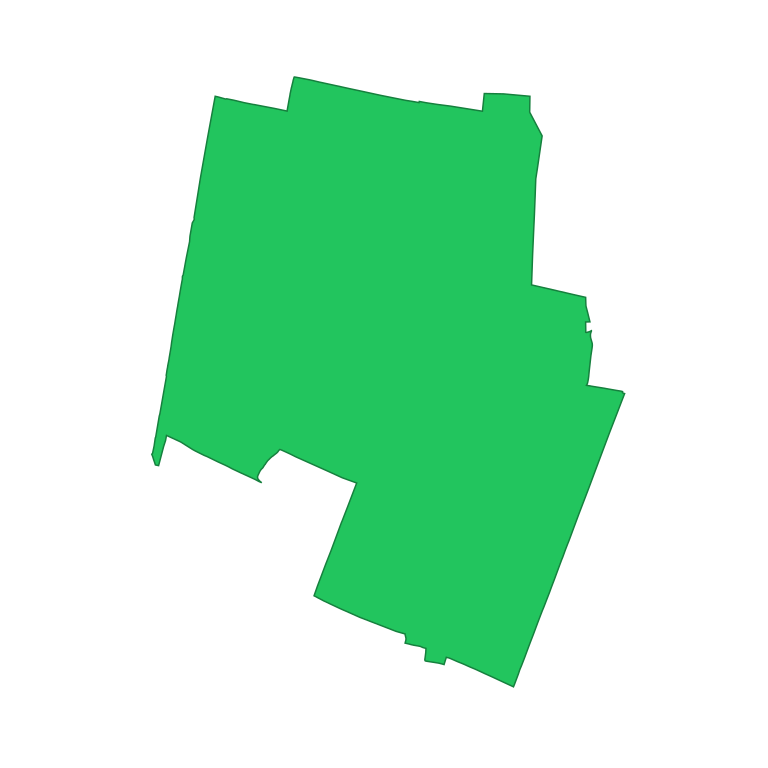 outline of Teslui, Dolj, Romania, rotated 264°
{"feature_id": "2599482B26570302322271", "entity_name": "Teslui", "entity_type": "district", "adm_level": 2, "iso_a3": "ROU", "parent_name": "Romania", "parent_adm1": "Dolj", "projection": "equal_earth", "projection_center": [24.149, 44.204], "detail": "fine", "context": "isolated", "style": "filled", "palette": "green", "viewbox_px": 768, "rotation_deg": 264, "n_neighbors": 0, "source": "geoboundaries", "source_scale": "gbopen_adm2", "svg_char_len": 4362}
<svg xmlns="http://www.w3.org/2000/svg" viewBox="0 0 768 768"><g transform="rotate(264 384 384)"><path d="M654.9,559.2L660.0,533.3L662.4,514.1L645.0,510.4L649.2,494.8L653.4,479.2L656.5,466.1L659.2,455.7L661.3,448.6L660.2,448.2L662.1,441.7L663.8,435.3L668.0,421.8L671.4,410.9L672.9,406.3L677.3,393.0L681.2,381.0L683.0,375.6L690.5,352.9L690.9,351.6L693.3,344.8L694.1,342.4L696.9,333.2L697.2,332.3L698.7,327.1L698.6,326.7L697.4,326.2L695.2,325.3L694.1,325.0L691.4,324.0L689.6,323.4L688.1,322.8L683.1,321.2L682.2,320.9L681.2,320.7L676.9,319.4L665.5,316.1L665.9,315.1L668.7,306.4L669.5,303.9L675.5,284.0L675.6,283.4L678.4,274.3L681.0,267.0L682.1,263.8L684.1,257.3L683.9,256.4L686.0,251.1L686.8,249.1L687.8,246.2L648.5,234.6L629.1,229.0L608.6,223.1L589.7,218.0L569.4,212.5L569.2,212.5L567.5,212.5L564.1,210.1L563.6,210.0L551.7,206.6L550.8,206.4L548.6,206.0L545.8,205.5L531.2,200.9L525.5,199.2L521.0,197.9L513.2,195.6L512.4,194.9L511.7,194.7L509.3,194.4L504.6,193.0L503.2,192.6L498.6,191.3L493.9,190.0L491.6,189.4L491.1,189.2L484.4,187.3L482.8,186.9L481.2,186.4L477.3,185.3L474.6,184.6L470.7,183.5L468.1,182.8L465.5,182.1L462.5,181.2L459.7,180.4L457.2,179.7L456.5,179.5L455.1,179.1L450.1,177.8L447.5,177.1L443.2,176.1L441.8,175.7L439.2,175.0L433.5,173.4L432.0,173.0L430.8,172.7L429.4,172.3L428.2,171.9L426.6,171.4L425.9,171.2L425.0,170.9L423.3,170.5L420.7,169.7L419.6,169.4L418.7,169.2L417.7,168.9L416.8,168.7L415.5,168.3L414.1,168.4L398.1,163.8L377.8,158.0L375.5,157.1L355.1,151.4L354.3,150.9L346.4,148.9L339.3,146.6L338.4,145.7L335.9,146.4L332.8,147.0L330.7,147.5L327.4,148.2L326.4,151.3L344.9,158.3L350.5,160.8L355.6,162.3L347.7,175.6L340.0,185.4L339.1,186.5L337.2,189.2L331.8,197.7L330.3,200.5L324.1,210.4L319.9,217.5L317.9,220.7L315.5,224.2L313.2,228.0L310.4,232.6L307.0,238.4L302.7,245.6L301.5,247.4L300.2,249.3L298.6,252.1L300.4,250.3L301.7,249.4L303.0,248.6L304.0,248.5L305.2,248.6L306.3,249.1L310.1,251.4L311.8,252.8L313.3,254.7L314.7,255.8L315.1,256.1L315.6,256.4L316.0,256.8L316.2,257.1L316.6,257.5L318.0,258.6L319.9,260.3L321.2,262.0L322.3,263.3L323.5,265.0L324.1,266.2L325.0,267.5L326.1,269.3L326.6,270.1L327.7,271.4L328.6,272.1L329.3,272.9L329.8,273.6L328.9,275.4L325.8,280.7L323.8,284.0L320.9,288.5L315.1,298.5L303.6,318.3L295.1,332.7L288.4,346.5L266.7,335.5L251.7,327.8L250.9,327.3L234.9,319.4L223.4,313.7L210.7,307.1L198.3,300.9L190.2,296.8L180.7,292.3L174.4,301.7L165.1,317.1L154.4,335.7L136.7,370.2L133.2,378.9L132.5,378.8L130.9,379.0L130.2,379.1L129.5,379.2L128.8,379.3L128.3,379.2L127.6,379.1L126.9,379.0L125.8,378.5L124.9,378.2L124.1,377.9L123.0,381.1L122.7,381.9L122.5,382.5L122.0,383.6L121.9,383.8L121.8,384.3L121.1,386.3L119.9,390.6L119.2,392.8L118.0,394.8L117.4,396.2L116.7,398.1L112.8,397.5L108.1,396.4L105.7,395.8L105.1,395.8L104.4,396.0L104.2,396.3L103.7,397.9L101.7,405.5L101.1,407.7L100.7,409.2L99.3,413.0L98.7,414.4L104.1,416.7L105.7,417.4L105.3,418.3L105.0,419.4L104.5,420.5L103.0,423.2L101.9,425.1L100.3,427.9L97.7,432.8L96.3,435.3L95.1,437.3L93.2,440.6L91.2,444.3L87.6,450.4L85.6,453.7L81.0,461.6L79.0,464.9L74.2,472.9L69.5,480.8L69.3,481.1L71.9,482.5L74.7,483.9L78.9,486.0L81.5,487.3L85.7,489.2L89.5,491.3L97.5,495.4L105.2,499.2L111.8,502.5L119.2,506.3L130.9,512.1L142.1,517.8L145.0,519.4L147.9,520.9L153.4,523.7L155.7,524.9L159.8,527.0L162.9,528.5L166.5,530.3L171.8,533.0L178.9,536.5L186.8,540.4L190.6,542.3L193.2,543.7L199.6,546.8L205.1,549.6L208.1,551.2L213.9,554.1L221.8,558.0L234.5,564.3L251.2,572.8L257.9,576.2L278.2,586.3L312.2,603.3L330.9,612.9L342.1,618.6L349.3,622.3L349.7,621.4L350.3,620.4L350.6,620.2L350.8,620.2L351.1,620.3L351.4,620.5L351.5,620.5L351.9,619.6L352.3,618.3L353.3,614.6L356.1,604.8L356.6,603.2L360.1,590.2L360.5,589.0L361.5,585.2L362.0,585.5L362.6,586.0L363.6,586.5L365.1,587.0L367.1,587.6L368.2,587.9L369.8,588.3L374.8,589.3L378.5,590.1L385.8,591.7L390.4,592.7L397.7,594.6L400.3,595.2L401.6,595.3L402.8,595.3L405.1,594.9L407.2,594.5L408.7,594.3L410.9,594.4L412.2,594.6L413.7,595.2L414.9,595.8L415.3,595.8L414.5,593.6L414.2,591.5L414.1,590.9L414.2,590.2L414.3,590.0L416.5,590.3L424.6,591.0L424.3,595.3L433.7,594.0L436.3,593.6L439.7,593.1L440.4,593.0L442.4,593.1L449.1,593.6L452.7,583.0L455.7,574.3L466.4,543.2L467.1,541.1L497.0,545.3L520.3,548.8L536.8,551.3L555.4,554.0L567.3,555.7L572.2,556.4L582.8,559.2L614.2,567.2L639.1,557.3L654.9,559.2Z" fill="#22c55e" stroke="#15803d" stroke-width="1.5"/></g></svg>